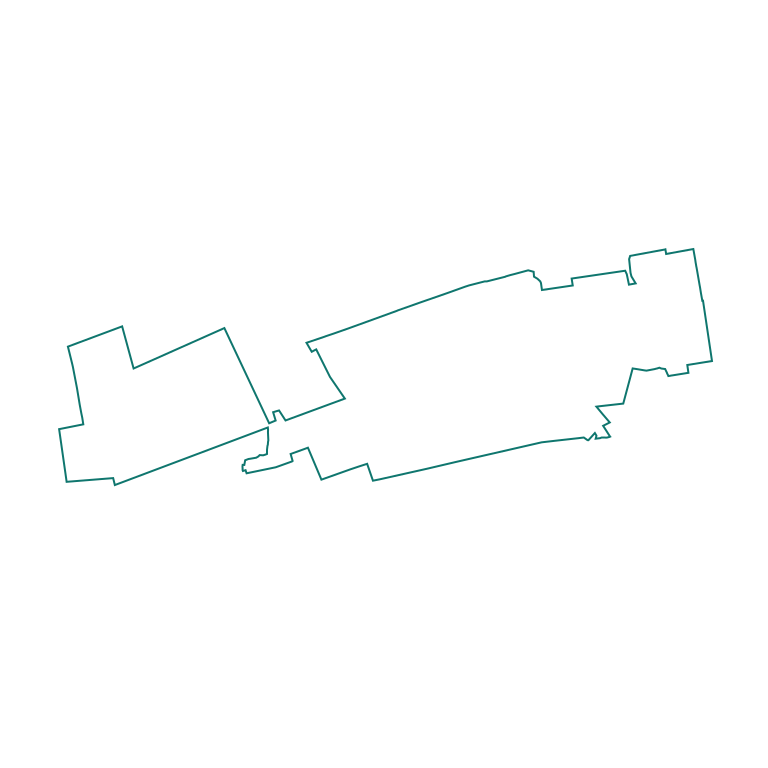 Draganesti, Galati, Romania, rotated 172°
{"feature_id": "2599482B97201329227047", "entity_name": "Draganesti", "entity_type": "district", "adm_level": 2, "iso_a3": "ROU", "parent_name": "Romania", "parent_adm1": "Galati", "projection": "robinson", "projection_center": [27.487, 45.796], "detail": "fine", "context": "isolated", "style": "outline", "palette": "teal", "viewbox_px": 768, "rotation_deg": 172, "n_neighbors": 0, "source": "geoboundaries", "source_scale": "gbopen_adm2", "svg_char_len": 2336}
<svg xmlns="http://www.w3.org/2000/svg" viewBox="0 0 768 768"><g transform="rotate(172 384 384)"><path d="M56.5,422.1L56.8,422.1L57.2,422.1L57.5,430.1L57.6,435.9L57.7,437.8L58.2,453.6L58.3,456.0L58.4,457.2L58.4,458.4L58.5,460.9L58.5,463.3L58.5,463.8L58.9,474.6L86.5,473.5L86.6,478.2L87.2,478.1L122.4,476.6L123.9,473.5L124.4,459.7L124.0,456.1L120.8,448.6L127.6,448.3L128.3,458.9L129.4,462.6L183.5,462.3L183.4,455.3L214.5,455.1L214.5,462.1L215.0,463.9L217.4,466.9L220.5,469.4L220.2,474.3L225.4,476.5L239.8,474.7L243.6,474.3L248.3,473.6L249.2,473.3L249.3,473.3L267.8,471.3L269.9,471.6L286.0,469.8L289.4,469.2L289.5,469.2L308.8,465.2L336.7,459.7L360.4,454.9L360.9,454.7L412.0,443.9L427.0,440.9L435.6,439.3L435.8,439.2L455.0,435.6L451.1,426.0L446.3,427.7L436.5,398.5L424.8,375.0L486.6,361.6L491.6,372.4L493.9,372.1L497.7,371.5L496.4,362.9L503.2,361.1L534.3,461.6L629.8,434.2L635.3,477.5L652.9,473.6L678.7,467.9L691.8,465.0L690.0,447.6L689.7,444.2L688.6,422.4L688.2,405.7L688.0,401.3L687.8,396.9L687.5,392.5L687.4,385.9L712.0,384.5L711.9,339.7L711.9,331.3L665.3,328.5L664.6,321.4L561.8,344.4L505.1,357.1L505.2,354.6L505.6,352.6L506.4,344.2L506.9,342.8L507.5,340.0L508.0,339.0L509.0,335.2L509.6,331.0L511.1,330.6L513.6,330.2L517.0,330.9L518.6,329.7L520.8,328.8L526.9,328.6L528.6,328.6L532.1,327.8L533.6,323.3L535.2,323.6L535.6,322.2L535.8,320.0L536.0,318.3L535.8,317.5L533.1,317.9L532.5,314.7L502.8,316.6L485.9,320.1L485.2,320.5L486.2,327.7L472.8,330.5L468.2,331.5L459.3,298.0L429.0,304.2L420.4,305.8L411.8,307.3L408.4,289.8L401.4,290.2L358.1,293.7L352.1,294.2L324.7,296.7L318.9,297.2L236.0,304.3L223.5,304.0L199.0,303.3L193.6,303.2L190.3,300.1L189.4,299.9L185.8,302.9L182.0,306.1L180.8,303.3L181.1,302.5L182.0,300.4L177.7,300.3L175.9,300.7L171.3,300.0L170.8,299.9L168.1,300.2L167.4,300.4L167.7,300.9L168.0,301.6L169.5,304.9L172.8,312.1L165.8,314.5L171.8,323.9L176.8,332.0L174.8,332.0L149.8,331.3L140.2,353.9L135.6,364.8L131.3,363.5L124.0,361.2L122.2,360.7L120.0,360.8L113.9,361.1L112.5,361.3L111.1,361.4L110.8,361.5L110.1,361.6L109.0,361.8L107.7,361.0L107.1,360.7L103.5,359.7L103.3,359.0L103.1,358.4L102.9,357.7L102.3,355.9L102.2,355.3L102.1,354.9L101.8,354.0L101.5,353.2L101.3,352.3L99.7,352.3L98.5,352.4L97.2,352.4L96.8,352.4L81.0,352.7L81.0,360.6L76.0,360.7L56.0,361.1L56.5,422.1Z" fill="none" stroke="#0f766e" stroke-width="2"/></g></svg>